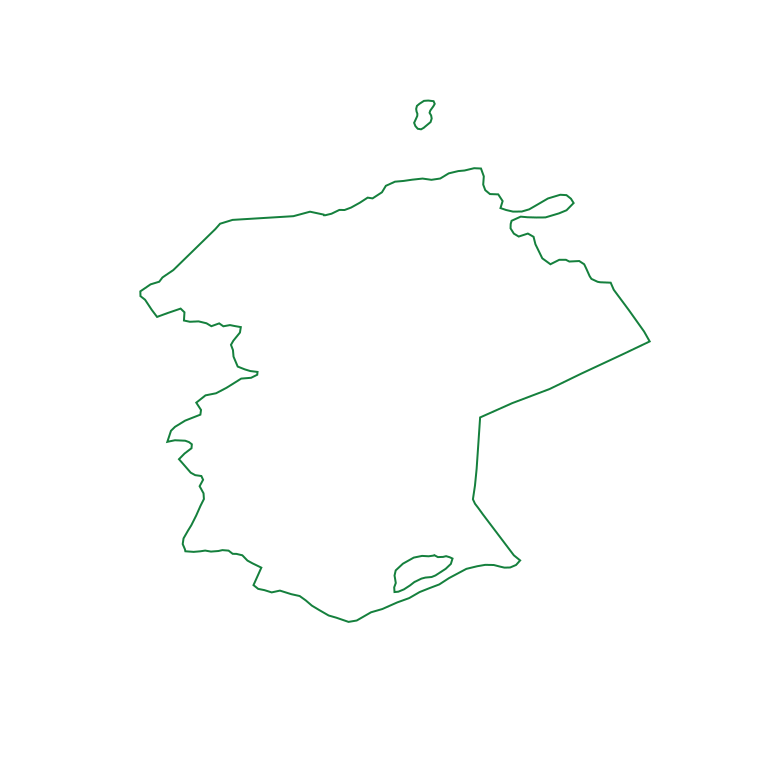 Krokom, Jämtland, Sweden (Robinson projection), rotated 147°
{"feature_id": "70781695B96181238671333", "entity_name": "Krokom", "entity_type": "district", "adm_level": 2, "iso_a3": "SWE", "parent_name": "Sweden", "parent_adm1": "Jämtland", "projection": "robinson", "projection_center": [14.211, 63.788], "detail": "fine", "context": "isolated", "style": "outline", "palette": "green", "viewbox_px": 768, "rotation_deg": 147, "n_neighbors": 0, "source": "geoboundaries", "source_scale": "gbopen_adm2", "svg_char_len": 3312}
<svg xmlns="http://www.w3.org/2000/svg" viewBox="0 0 768 768"><g transform="rotate(147 384 384)"><path d="M365.9,161.9L368.4,169.6L371.8,216.8L372.1,221.1L372.5,229.0L372.9,234.0L372.2,238.9L363.0,249.3L352.6,262.3L336.6,283.6L321.6,303.6L286.8,298.1L247.8,289.6L212.6,285.2L168.3,279.0L138.0,275.0L137.3,286.4L138.4,312.5L140.0,337.9L138.7,345.5L147.3,351.6L149.2,353.4L152.8,359.2L152.8,362.4L151.5,370.7L150.9,375.4L153.3,380.8L161.9,385.8L163.8,389.1L169.3,392.7L179.2,393.8L182.8,403.2L180.9,418.7L178.4,426.0L181.4,431.8L190.7,434.3L193.2,439.4L193.1,445.6L190.6,449.2L188.1,451.4L178.2,449.9L172.7,445.6L165.3,440.5L157.9,435.8L144.3,431.8L136.3,430.3L126.4,432.5L126.3,437.6L128.1,443.0L133.1,446.7L145.4,450.3L159.7,451.0L167.1,451.4L174.5,453.6L181.9,458.3L186.8,463.4L190.5,468.1L184.9,472.8L184.9,480.8L191.7,485.6L193.5,491.4L192.2,497.2L187.2,503.8L185.3,511.9L190.9,515.9L200.2,519.2L205.7,522.1L215.0,525.4L224.9,525.7L233.0,529.4L236.1,532.1L239.8,535.3L249.1,540.0L257.1,543.7L264.6,547.7L274.5,549.2L281.3,545.9L292.5,545.9L296.2,549.2L305.5,549.2L315.5,549.9L322.3,551.4L326.6,554.3L335.3,555.4L341.5,557.6L342.5,558.3L342.3,558.9L352.2,568.8L368.6,574.1L421.6,604.1L434.2,607.7L441.0,605.8L498.6,594.3L508.3,594.1L511.8,594.0L516.8,592.2L525.5,594.7L537.9,594.4L540.4,590.3L538.5,584.8L538.4,572.7L537.8,563.9L526.6,561.3L513.5,558.0L512.3,552.8L517.2,546.2L512.9,541.9L505.4,537.5L499.8,531.6L497.3,526.5L489.2,524.6L487.3,519.9L481.1,517.3L477.4,513.7L473.1,509.7L476.8,505.6L486.7,502.4L491.0,500.2L492.2,494.7L495.3,488.9L497.2,478.3L492.8,472.1L489.1,467.7L483.5,463.0L485.3,460.8L492.1,461.6L500.8,466.3L518.2,466.6L529.9,467.7L539.9,471.7L551.6,470.6L551.6,461.9L554.7,458.3L563.4,460.1L570.8,461.6L582.6,461.9L588.1,460.8L597.2,453.5L596.1,453.1L590.0,450.7L581.6,444.7L579.2,441.5L578.0,438.1L580.4,435.0L589.2,434.3L596.9,432.6L595.6,423.6L594.4,414.9L592.0,410.4L587.3,406.3L587.9,402.2L594.3,398.7L594.9,390.6L597.7,385.6L604.2,381.8L613.1,376.0L622.5,370.5L628.0,367.9L636.2,363.7L640.0,359.4L641.0,353.7L641.7,351.9L635.1,346.9L629.3,343.8L624.7,341.7L620.4,337.7L613.8,334.1L610.0,332.7L605.1,328.9L603.4,324.0L600.3,321.9L596.1,317.5L594.7,310.3L591.9,305.1L586.9,296.8L592.9,292.9L603.0,286.4L601.1,280.7L596.6,276.3L591.7,270.4L583.8,267.4L576.2,258.2L570.2,252.1L567.5,245.2L565.2,237.4L561.4,229.6L556.5,220.0L551.2,213.9L543.3,203.8L535.7,200.5L519.2,199.6L508.0,196.2L491.8,193.6L479.8,190.8L479.0,190.7L467.4,190.1L456.9,188.0L446.8,185.8L435.2,185.8L415.6,184.1L405.1,180.4L397.6,177.2L390.5,172.4L386.0,167.5L383.0,164.4L378.1,161.4L371.8,160.3L365.9,161.9ZM466.1,201.4L471.9,200.9L479.1,200.9L485.1,202.0L488.5,203.8L486.2,207.9L482.5,210.7L480.6,215.0L479.5,217.6L475.7,221.3L466.0,223.0L453.6,222.2L445.7,219.1L440.4,215.2L435.0,212.7L434.9,212.8L433.1,209.5L428.6,206.8L425.7,205.8L423.3,203.0L421.6,200.3L425.9,196.7L432.9,195.4L445.1,195.4L449.2,196.2L454.7,199.1L458.6,200.4L466.0,201.3L466.1,201.4ZM192.5,597.6L195.0,599.0L196.3,599.7L201.6,599.7L204.9,599.3L207.2,597.2L208.3,594.8L208.8,592.5L210.1,590.7L212.4,589.2L216.5,586.6L217.2,583.2L216.7,579.7L214.2,577.4L210.9,577.2L210.7,577.3L202.3,578.3L199.4,580.7L198.2,583.6L198.1,586.6L196.3,588.1L191.2,590.1L188.9,591.3L188.4,594.2L192.5,597.6Z" fill="none" stroke="#15803d" stroke-width="2"/></g></svg>